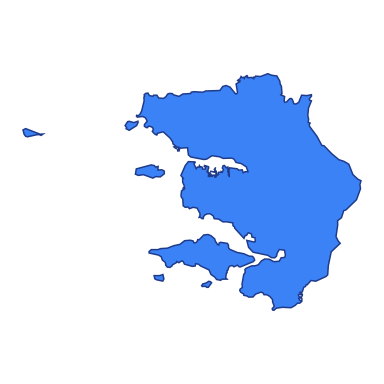 outline of Kota Tanjung Pinang, Kepulauan Riau, Indonesia
{"feature_id": "22746128B73074683492420", "entity_name": "Kota Tanjung Pinang", "entity_type": "district", "adm_level": 2, "iso_a3": "IDN", "parent_name": "Indonesia", "parent_adm1": "Kepulauan Riau", "projection": "orthographic", "projection_center": [104.462, 0.915], "detail": "fine", "context": "isolated", "style": "filled", "palette": "blue", "viewbox_px": 384, "rotation_deg": 0, "n_neighbors": 0, "source": "geoboundaries", "source_scale": "gbopen_adm2", "svg_char_len": 6046}
<svg xmlns="http://www.w3.org/2000/svg" viewBox="0 0 384 384"><path d="M237.5,92.6L236.8,93.7L235.6,93.9L230.0,87.1L226.1,85.5L222.7,86.5L219.9,90.5L205.6,91.0L203.0,92.2L193.6,91.7L191.2,92.2L190.6,93.5L182.8,94.0L179.0,96.4L173.4,94.8L172.4,93.6L169.4,93.4L167.6,94.1L165.9,96.7L163.5,98.4L158.7,98.0L156.9,95.2L153.5,95.2L152.9,96.3L149.4,95.6L148.0,93.1L145.6,93.4L144.1,94.8L144.6,96.2L143.9,97.1L144.1,100.9L141.7,110.9L139.7,114.7L137.9,115.7L136.7,115.3L136.4,116.2L137.3,117.1L142.8,116.5L145.5,117.9L147.2,121.1L144.4,124.6L144.4,126.3L146.3,127.6L147.6,127.6L148.2,126.4L149.7,126.2L152.5,127.4L153.4,129.3L152.3,131.4L154.4,133.8L156.5,135.0L157.1,134.8L157.2,133.4L163.2,131.8L170.1,138.1L172.7,142.0L173.0,143.9L175.8,146.2L173.9,146.9L174.8,147.7L176.2,148.6L177.2,147.0L178.8,147.2L178.3,148.8L178.9,149.4L177.6,149.8L177.7,150.9L179.1,150.9L179.7,148.2L187.5,147.7L188.4,154.9L190.8,157.0L203.9,159.5L206.7,159.1L212.0,155.7L219.5,156.8L223.2,158.4L231.7,158.1L234.0,159.1L236.0,162.4L241.3,163.6L246.3,166.8L248.0,171.7L245.2,171.7L243.2,172.8L242.2,169.8L238.9,170.2L237.2,168.8L229.5,167.8L228.8,170.9L229.4,176.1L229.3,177.1L229.0,175.0L228.3,174.8L228.8,173.2L228.0,172.3L228.6,171.7L227.9,171.6L227.9,170.4L228.5,170.4L228.0,169.4L228.5,169.0L228.3,168.1L226.9,167.9L227.3,167.2L226.0,167.6L224.5,165.5L223.1,165.7L222.3,168.0L223.5,169.7L222.2,172.3L221.2,171.6L221.1,173.0L221.0,172.4L218.8,172.2L218.2,173.0L218.5,174.6L216.8,175.2L216.3,171.5L214.8,169.3L215.7,167.4L214.3,169.5L215.7,172.1L210.0,171.2L215.8,172.5L216.5,175.9L215.7,177.2L214.6,176.9L215.3,175.1L212.6,175.2L212.3,176.2L211.4,176.3L211.7,175.0L210.5,174.5L209.9,174.4L209.7,174.9L210.4,174.6L209.7,176.5L208.4,176.4L208.6,173.6L210.1,173.7L210.2,173.0L208.0,172.6L208.0,171.2L206.7,172.3L208.7,168.1L208.5,166.7L204.5,165.5L204.3,166.6L205.7,167.3L205.4,169.1L202.5,169.1L202.4,167.3L200.8,166.7L200.2,167.2L199.4,165.7L198.9,167.1L197.3,167.1L196.2,168.7L194.1,164.2L194.1,162.9L195.1,162.7L194.9,161.9L188.4,161.6L185.3,165.5L180.9,175.5L183.2,178.3L182.6,178.4L182.7,182.3L184.2,185.6L184.2,187.1L183.3,187.9L184.7,188.2L183.8,189.7L183.0,189.5L181.5,191.1L181.0,195.4L181.2,196.8L182.8,199.2L183.2,205.8L185.2,207.3L188.0,207.0L189.4,208.7L193.2,207.3L197.1,208.1L199.9,213.3L200.0,215.3L199.1,217.4L200.3,217.3L202.1,218.7L203.3,218.6L203.5,216.8L204.7,215.1L206.9,214.0L210.0,213.7L213.2,215.8L214.2,218.7L218.7,219.1L223.0,221.9L226.4,221.8L232.8,222.9L233.0,225.7L234.6,227.1L234.7,228.2L244.0,238.4L245.2,235.4L246.5,235.4L248.3,232.7L251.4,233.9L252.0,237.1L255.0,237.8L255.3,241.6L254.1,242.0L246.8,240.4L248.6,247.4L253.1,252.2L267.8,255.3L271.4,257.6L274.8,257.8L276.6,256.0L277.1,253.3L279.3,249.5L284.5,250.2L285.4,255.1L284.7,257.4L281.1,257.8L279.3,261.2L273.9,261.7L269.2,259.2L264.7,259.0L261.5,260.8L258.3,264.8L255.0,265.8L251.5,265.9L246.1,268.3L244.9,269.5L245.2,272.4L243.7,274.6L242.0,284.2L242.4,287.4L240.0,289.3L239.8,290.7L240.8,292.3L243.6,293.9L243.8,295.3L247.0,296.0L248.7,297.1L253.0,297.0L255.6,294.1L261.0,292.1L263.1,293.0L264.0,294.7L266.7,294.7L269.8,296.4L272.6,299.7L272.6,302.0L274.3,306.2L272.2,308.7L272.6,310.0L273.9,310.3L276.3,308.2L282.3,307.3L291.1,307.7L295.2,305.4L297.4,303.2L299.6,303.2L301.7,301.6L301.9,299.7L300.9,300.6L299.9,300.5L298.7,298.2L299.2,297.7L301.2,298.2L301.6,296.8L299.3,297.1L298.4,294.8L299.5,294.2L302.3,295.3L302.4,294.3L300.1,292.4L302.3,291.9L303.7,287.3L305.5,286.5L306.1,284.8L307.2,284.8L311.0,280.5L315.8,281.2L326.0,276.5L327.7,274.8L328.3,265.7L331.2,251.8L340.2,243.3L338.3,241.2L336.0,236.6L337.7,225.0L337.6,220.7L341.5,217.7L343.7,210.7L346.1,209.8L356.5,199.7L360.5,188.7L359.9,184.7L361.0,180.7L358.0,179.3L352.9,174.6L348.8,164.2L344.1,161.4L338.9,159.7L331.7,153.7L324.0,145.7L321.9,145.5L316.9,136.2L309.5,126.3L309.3,124.5L310.1,123.1L308.2,122.4L308.6,119.0L307.8,115.6L308.5,108.1L311.4,100.8L309.6,100.2L309.3,98.8L311.5,96.1L311.4,94.7L306.9,95.6L301.6,95.2L298.7,102.4L296.0,104.0L293.9,103.8L292.3,99.3L291.0,98.4L289.7,98.7L286.5,102.0L284.9,102.3L284.1,101.3L284.6,96.5L280.8,94.9L282.0,93.6L281.4,86.3L280.2,84.1L279.8,81.2L276.9,76.0L271.5,75.2L267.8,73.7L260.6,76.5L255.6,76.1L254.8,77.3L253.5,77.2L253.7,78.6L251.2,77.4L248.0,77.8L247.0,77.1L247.6,76.2L247.0,75.6L245.2,76.6L244.2,78.5L243.5,77.3L242.1,77.6L241.1,76.5L239.9,78.9L237.6,80.4L238.1,81.0L239.9,80.8L239.9,81.7L236.1,83.9L237.5,92.6ZM214.7,238.9L211.0,235.7L208.0,234.5L203.7,235.0L199.2,239.7L197.7,239.6L197.1,241.6L195.6,242.8L193.9,242.8L193.2,241.0L190.2,240.2L184.6,240.7L179.9,244.4L174.1,245.6L167.2,248.2L160.5,248.6L158.1,249.6L151.3,249.6L149.1,251.5L149.1,253.0L158.6,255.1L161.2,256.7L162.4,260.1L165.3,262.4L165.8,265.3L167.3,267.1L169.9,267.4L171.8,266.2L172.5,264.8L176.5,262.6L176.8,261.5L178.9,262.7L181.9,260.8L183.4,261.8L184.4,264.1L192.3,266.4L195.2,266.0L195.6,263.7L198.5,264.2L200.5,265.9L209.0,269.9L211.0,274.5L214.7,277.0L216.6,279.5L220.8,280.3L221.8,279.2L227.0,279.1L225.7,277.8L226.4,273.0L227.1,272.7L227.1,270.4L227.9,270.1L228.7,267.4L230.1,265.9L232.4,265.6L234.0,266.8L237.4,265.2L239.1,266.8L240.4,266.9L253.2,261.7L254.7,260.1L253.5,257.3L252.2,256.3L249.2,256.1L243.7,253.7L237.0,252.4L229.8,249.3L228.5,247.8L228.5,245.2L227.4,243.4L220.5,242.3L219.1,243.0L218.9,244.9L217.7,244.7L215.3,241.1L214.7,238.9ZM154.4,165.6L151.2,164.9L136.3,168.9L135.4,174.2L138.3,175.4L143.5,174.7L152.9,178.1L155.6,176.6L160.3,176.9L164.3,173.8L164.2,171.0L162.0,169.8L157.9,170.0L158.1,166.4L155.7,167.1L154.4,165.6ZM40.1,134.2L25.7,128.6L23.0,129.9L24.2,134.4L25.7,136.3L27.5,136.8L36.4,134.8L39.1,134.6L41.1,135.4L43.1,134.0L40.1,134.2ZM138.1,122.5L137.9,121.2L133.8,122.6L129.2,121.3L127.6,121.7L125.1,125.6L126.6,127.5L126.1,128.7L129.2,130.3L136.6,125.6L138.1,122.5ZM163.9,278.9L162.9,274.5L159.7,275.6L154.1,275.6L154.8,278.8L157.0,279.9L162.8,281.1L163.9,278.9ZM208.3,287.3L211.6,282.8L210.6,281.7L208.7,281.3L206.2,283.0L202.8,283.9L201.6,285.7L202.2,286.5L205.5,286.3L206.7,287.3L208.3,287.3Z" fill="#3b82f6" stroke="#1e3a8a" stroke-width="1.5"/></svg>